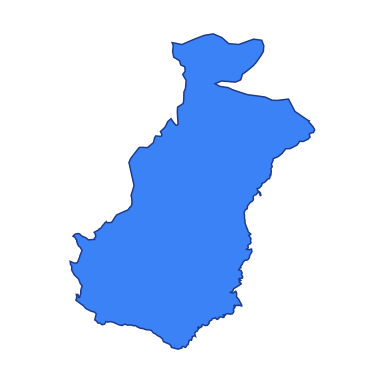 Agios Ioannis Pafou, Paphos, Cyprus (Robinson projection), rotated 353°
{"feature_id": "46923920B69551909873956", "entity_name": "Agios Ioannis Pafou", "entity_type": "district", "adm_level": 2, "iso_a3": "CYP", "parent_name": "Cyprus", "parent_adm1": "Paphos", "projection": "robinson", "projection_center": [32.691, 34.877], "detail": "fine", "context": "isolated", "style": "filled", "palette": "blue", "viewbox_px": 384, "rotation_deg": 353, "n_neighbors": 0, "source": "geoboundaries", "source_scale": "gbopen_adm2", "svg_char_len": 5308}
<svg xmlns="http://www.w3.org/2000/svg" viewBox="0 0 384 384"><g transform="rotate(353 192 192)"><path d="M180.1,116.7L176.5,119.2L174.4,122.5L173.0,124.5L168.0,128.2L169.0,130.7L168.8,132.5L167.8,132.9L165.8,132.6L162.9,131.9L161.6,133.5L159.7,138.3L153.7,142.3L152.3,142.4L148.5,141.7L145.7,141.3L144.7,141.7L142.1,144.3L135.2,151.3L133.0,155.0L134.4,169.3L135.3,178.6L134.0,181.5L131.0,188.3L131.3,189.0L131.4,189.8L131.3,193.1L131.3,194.0L130.8,196.5L130.1,198.4L128.4,199.7L126.8,201.5L125.4,202.3L122.4,203.1L119.4,204.0L115.5,205.2L114.1,205.9L112.1,208.0L110.1,210.6L108.4,212.4L106.5,212.3L104.0,212.1L103.3,211.4L103.3,211.1L101.9,211.8L101.1,212.8L98.6,215.0L97.6,216.5L95.2,217.5L95.0,218.1L90.0,220.1L91.1,222.6L90.8,225.2L89.4,226.1L89.6,227.2L84.8,226.9L83.5,227.0L81.1,224.5L77.9,222.7L77.3,222.3L75.2,219.8L73.7,219.3L70.8,219.6L68.5,221.4L70.4,222.8L71.0,224.7L71.8,225.6L71.5,227.2L72.0,228.0L71.9,229.3L73.0,231.9L74.3,233.2L75.7,236.5L74.3,239.3L72.8,241.9L72.3,243.5L69.6,248.1L66.9,248.5L62.6,246.0L62.6,249.1L63.6,251.0L63.1,254.7L65.0,259.9L68.9,264.6L70.0,269.3L71.5,271.7L69.6,276.1L69.2,279.2L67.6,282.9L66.5,283.0L66.9,281.7L66.2,279.8L65.0,279.6L64.7,279.5L64.8,282.0L64.2,283.9L63.6,285.2L67.1,288.6L70.5,291.8L72.5,294.8L76.8,297.7L80.8,299.5L82.1,301.3L79.9,307.1L80.6,307.7L81.7,308.7L82.6,310.6L84.8,311.0L86.6,312.8L89.1,312.5L90.6,310.2L92.6,310.9L95.1,310.7L97.7,311.6L99.8,312.8L103.2,314.9L106.5,316.0L109.3,314.9L111.7,316.3L115.3,316.5L117.8,317.7L119.4,317.6L121.4,319.3L124.3,321.0L127.1,321.7L129.8,323.2L132.9,323.6L134.8,324.5L136.4,327.1L138.3,328.3L140.6,330.5L142.0,331.5L143.0,332.0L143.7,333.1L144.7,334.1L145.5,337.1L151.2,340.4L152.6,342.6L152.6,343.7L159.1,346.3L161.8,345.7L162.8,345.7L163.5,344.1L164.6,344.3L165.5,345.0L166.7,345.4L167.3,344.9L167.9,343.9L168.5,343.4L169.5,342.9L171.2,338.9L172.1,338.6L173.4,339.1L174.7,336.0L174.7,335.7L176.5,335.1L177.2,335.1L177.8,335.6L177.6,334.5L177.4,333.0L177.8,332.1L179.1,330.8L180.0,330.8L181.8,328.6L181.2,327.3L182.2,326.7L182.7,328.0L185.5,326.7L185.3,325.4L186.5,324.8L188.5,326.1L191.0,326.2L192.9,324.6L193.3,322.6L195.8,321.5L195.7,321.3L197.0,320.1L197.9,320.2L200.0,319.8L200.8,320.5L200.6,320.9L201.6,321.6L203.1,320.8L203.7,319.6L204.0,319.6L205.5,319.4L206.4,319.7L206.9,320.2L208.2,320.3L208.6,320.1L208.8,319.4L208.1,317.9L209.0,317.8L209.6,318.5L210.9,317.4L211.2,317.2L211.8,317.0L213.7,317.5L215.2,317.9L217.0,317.9L218.3,316.8L218.9,315.6L219.0,314.1L218.8,313.0L219.4,312.7L219.9,312.4L220.6,311.6L220.7,311.0L219.7,310.7L220.4,309.5L221.5,310.0L222.5,310.1L223.3,310.0L224.4,310.3L224.6,310.0L227.4,311.2L227.5,310.1L226.0,306.3L225.8,305.5L225.0,303.8L223.4,301.5L223.9,298.1L223.9,297.2L223.3,295.8L220.8,297.2L219.0,297.0L218.0,296.3L220.2,295.5L221.6,293.0L226.2,291.0L229.6,289.2L229.4,288.5L229.0,288.3L228.8,287.8L228.0,287.5L228.1,286.2L228.8,286.2L229.6,285.7L228.3,285.0L228.0,284.6L228.0,283.8L228.4,283.5L229.7,283.9L231.5,283.6L232.0,282.3L231.5,281.2L231.0,279.8L231.9,278.5L231.2,276.1L230.3,275.5L228.9,275.2L230.0,273.5L231.3,273.2L231.3,271.4L232.6,270.5L234.2,267.8L236.3,266.2L238.3,266.3L239.9,265.5L240.9,263.9L241.7,261.8L244.2,258.5L244.1,255.9L241.1,256.2L239.2,255.5L239.7,255.2L240.6,254.7L241.1,253.5L240.8,251.9L242.1,251.0L243.7,250.3L244.4,249.3L244.2,248.1L244.1,247.6L244.8,245.6L243.1,241.8L245.0,241.3L245.2,241.0L245.0,240.7L243.2,238.8L242.8,237.7L242.7,236.6L241.8,233.5L240.8,229.1L241.0,227.7L241.1,226.8L240.9,223.5L241.3,222.0L241.1,220.0L241.3,218.4L241.6,218.1L242.7,216.2L244.8,215.3L245.2,213.6L245.2,212.8L248.9,209.0L250.0,208.9L250.9,208.4L251.7,207.5L252.1,206.8L252.0,204.8L252.1,204.3L252.4,203.8L252.8,203.4L253.7,202.7L255.3,202.5L257.3,200.4L257.8,200.1L258.3,200.4L258.7,201.0L259.0,202.3L259.2,203.5L259.4,203.9L259.9,203.8L259.9,203.0L259.8,202.1L259.5,200.7L258.8,200.1L258.5,199.5L257.6,199.0L257.5,198.0L257.1,197.5L257.0,196.6L259.4,196.2L261.4,194.6L262.3,193.2L262.2,192.3L262.6,192.0L265.1,191.3L268.1,189.0L268.3,188.5L268.9,188.4L270.4,188.2L271.0,187.4L271.6,184.5L272.2,185.0L272.6,183.8L273.3,180.7L273.0,178.7L274.7,176.6L274.2,174.0L276.1,171.0L276.7,168.8L281.5,167.5L282.2,167.1L286.0,164.8L290.3,160.5L294.5,160.9L301.6,158.4L303.5,156.6L305.0,154.8L308.6,155.4L313.6,153.7L315.9,151.8L315.6,150.0L315.3,148.8L317.9,147.8L319.7,147.8L320.9,145.9L321.4,145.3L320.2,142.3L317.0,137.4L316.4,136.2L316.8,135.7L316.6,135.7L304.0,124.6L303.6,123.6L303.5,123.3L299.1,111.5L287.8,111.5L282.7,110.7L277.1,107.2L275.5,106.5L268.9,104.7L268.1,104.5L259.1,102.2L253.2,99.5L245.0,95.6L244.8,95.5L240.6,92.8L236.6,91.7L232.5,90.5L229.7,88.5L228.1,87.3L234.8,85.4L238.5,86.2L240.1,86.5L248.5,88.2L253.8,86.7L254.1,86.5L256.4,81.2L260.7,78.9L268.2,74.1L268.8,73.6L271.4,71.3L277.1,64.9L279.9,61.3L281.1,55.7L279.7,49.9L271.8,47.8L256.4,51.3L246.5,49.2L240.5,42.4L232.5,37.7L223.5,38.0L214.0,40.3L200.0,44.4L190.5,41.3L191.2,44.7L189.9,50.2L190.3,56.0L195.2,59.8L195.5,60.2L195.7,60.5L196.3,64.5L199.9,66.7L200.1,66.9L199.9,71.3L199.8,71.5L197.2,74.1L197.4,75.1L199.8,80.4L198.2,88.2L197.9,88.8L196.2,91.7L195.4,97.1L194.7,100.9L194.0,103.1L188.4,105.8L188.4,106.0L188.0,106.1L187.2,110.7L186.8,116.6L186.4,123.2L184.7,123.9L184.1,123.6L182.2,120.8L180.1,116.7Z" fill="#3b82f6" stroke="#1e3a8a" stroke-width="1.5"/></g></svg>